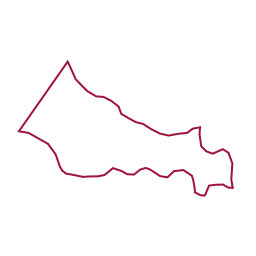 Agridaki, Cyprus (Mercator projection), rotated 274°
{"feature_id": "46923920B13856899738172", "entity_name": "Agridaki", "entity_type": "district", "adm_level": 2, "iso_a3": "CYP", "parent_name": "Cyprus", "parent_adm1": "", "projection": "mercator", "projection_center": [33.151, 35.3], "detail": "fine", "context": "isolated", "style": "outline", "palette": "rose", "viewbox_px": 256, "rotation_deg": 274, "n_neighbors": 0, "source": "geoboundaries", "source_scale": "gbopen_adm2", "svg_char_len": 926}
<svg xmlns="http://www.w3.org/2000/svg" viewBox="0 0 256 256"><g transform="rotate(274 128 128)"><path d="M66.0,209.4L76.2,212.9L77.5,219.5L78.2,226.7L75.6,232.0L75.6,236.6L84.1,234.6L90.6,234.6L99.8,234.6L110.2,230.0L113.5,224.1L108.3,214.3L110.2,207.7L114.8,202.4L126.6,199.8L133.8,199.8L131.8,192.6L127.2,187.3L125.9,179.4L123.3,168.9L124.6,160.4L128.5,151.2L133.1,142.7L134.4,135.4L137.7,128.2L141.6,120.3L148.8,117.1L154.0,109.2L157.3,101.3L157.3,94.1L161.9,84.9L166.5,79.6L173.0,72.4L184.1,66.5L190.0,63.2L117.1,19.4L116.2,29.1L111.6,38.8L106.6,49.3L96.6,57.7L84.8,62.7L81.1,65.2L78.1,69.4L77.7,74.5L76.9,80.4L76.1,86.7L76.9,92.1L77.7,101.4L79.4,107.7L82.3,111.0L86.9,115.7L84.8,124.1L81.9,130.4L81.9,137.1L87.3,143.0L89.4,148.4L88.2,152.7L84.8,159.0L82.3,163.2L81.5,170.7L88.2,177.0L89.9,186.3L84.8,195.1L80.2,196.8L73.5,198.5L68.5,199.3L66.0,204.8L66.0,209.4Z" fill="none" stroke="#9f1239" stroke-width="2"/></g></svg>